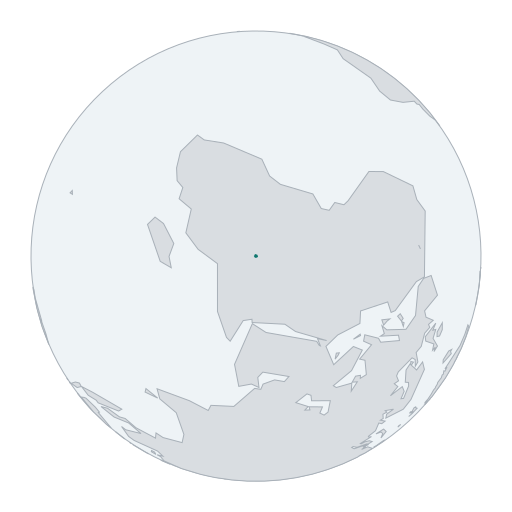 Kyenjojo highlighted on a globe, orthographic projection, rotated 137°
{"feature_id": "UGA-3107", "entity_name": "Kyenjojo", "entity_type": "District", "adm_level": 1, "iso_a3": "UGA", "parent_name": "Uganda", "parent_adm1": "", "projection": "orthographic", "projection_center": [30.656, 0.613], "detail": "fine", "context": "on_globe", "style": "filled", "palette": "teal", "viewbox_px": 512, "rotation_deg": 137, "n_neighbors": 0, "source": "natural_earth", "source_scale": "10m", "svg_char_len": 6529}
<svg xmlns="http://www.w3.org/2000/svg" viewBox="0 0 512 512"><g transform="rotate(137 256 256)"><circle cx="256" cy="256" r="225" fill="#eef3f6" stroke="#a8b0b8"/><path d="M128.8,70.1L121.5,75.5L118.0,78.2L111.9,82.8L128.8,70.1ZM100.1,93.4L99.3,94.2L99.1,94.3L100.1,93.4ZM32.8,225.7L32.1,232.7L33.5,239.8L33.8,249.6L33.3,255.5L34.7,257.4L34.7,261.3L43.7,268.1L51.3,278.4L53.1,292.2L50.7,307.7L57.7,340.9L55.9,351.2L61.6,364.5L71.0,383.5L69.1,381.7L76.0,391.3L79.6,396.1L69.8,382.8L61.0,368.8L53.3,354.3L46.6,339.2L41.1,323.6L36.7,307.7L33.5,291.5L31.5,275.1L30.7,258.7L31.1,242.2L32.8,225.7ZM114.6,431.4L116.0,432.5L116.9,433.2L114.6,431.4ZM431.3,114.5L430.4,113.4L431.3,114.5ZM426.7,109.0L430.4,113.7L434.8,119.1L437.1,122.0L440.7,127.1L445.5,134.2L455.6,151.6L463.0,169.0L462.6,174.2L463.9,178.1L460.6,173.1L461.0,180.4L470.9,204.2L472.2,210.9L470.6,223.0L469.8,217.8L461.2,204.6L463.0,220.7L469.6,235.0L472.0,251.6L468.4,245.9L465.6,231.5L462.5,226.4L460.9,212.2L453.7,191.3L449.8,194.8L447.8,186.6L437.3,169.9L430.4,174.7L421.2,195.8L423.8,217.1L418.9,226.4L403.4,195.6L396.3,175.6L390.8,177.5L374.8,161.1L347.3,160.1L343.4,155.2L338.2,157.5L326.9,152.7L320.9,144.8L314.1,145.4L330.2,166.4L337.5,166.0L343.5,157.8L346.7,165.5L357.5,172.4L345.6,191.4L304.8,209.0L300.8,193.2L269.8,152.2L270.7,147.7L270.6,147.2L270.2,146.3L267.4,153.6L262.0,146.0L278.6,173.8L281.4,186.4L304.2,210.0L302.1,212.5L309.4,217.5L333.0,211.3L333.1,216.6L322.0,241.7L289.4,276.7L293.8,300.4L291.5,320.8L271.3,334.5L273.2,350.3L262.8,356.0L262.3,364.9L254.0,374.6L240.1,383.8L216.3,384.4L214.7,376.2L202.6,360.7L185.7,322.8L191.5,305.2L189.3,291.8L172.1,262.6L175.9,246.2L171.3,239.5L161.9,241.4L156.7,233.5L151.0,233.6L115.8,240.8L105.3,230.9L93.4,200.3L99.9,187.6L101.6,173.5L147.0,125.9L156.2,127.9L191.4,121.1L195.7,122.6L191.0,132.6L217.0,144.5L226.0,135.8L250.1,142.5L266.5,142.2L273.3,123.5L246.5,123.4L242.4,114.7L264.3,107.0L287.9,108.4L287.0,105.1L272.6,97.7L278.5,92.2L267.7,94.9L271.7,98.1L265.1,100.2L261.0,97.5L263.2,95.4L256.2,94.0L247.4,105.4L250.5,109.9L232.0,112.3L235.4,120.3L230.2,124.2L222.5,112.3L223.6,107.9L208.7,96.3L205.8,100.9L219.7,112.5L215.1,111.7L211.4,119.2L210.7,112.8L196.3,100.1L179.9,103.7L158.1,123.1L148.7,125.3L141.2,122.3L150.0,103.6L170.1,100.9L173.4,95.3L170.2,88.1L176.5,88.3L177.6,85.3L185.3,84.5L196.8,77.2L204.7,76.2L209.9,68.1L214.7,66.7L210.2,71.7L211.3,75.1L231.0,74.2L235.0,72.4L236.9,67.5L242.0,68.3L241.3,63.8L253.0,62.1L238.1,60.7L239.9,56.0L247.3,52.7L245.2,51.2L233.1,56.8L230.7,59.5L232.9,61.9L224.0,70.3L217.0,72.0L216.3,63.1L206.4,64.9L210.2,58.2L240.5,45.4L252.8,43.5L271.6,48.9L268.3,51.2L259.9,50.2L267.0,54.8L266.8,52.6L271.1,53.7L273.8,50.4L277.0,51.1L274.2,47.2L278.4,47.6L280.1,50.1L287.8,46.7L296.8,47.5L297.0,46.5L294.7,45.2L307.6,47.7L307.2,46.9L302.8,45.7L299.1,43.6L297.6,41.1L302.2,42.0L303.3,43.1L312.6,47.2L314.9,50.4L316.6,50.7L315.7,48.1L304.4,43.0L302.2,41.3L308.1,43.4L305.8,42.4L306.1,41.9L310.7,42.5L304.5,40.3L302.1,36.0L310.7,37.6L316.2,39.4L318.6,39.6L334.1,44.7L349.1,50.9L363.7,58.1L377.7,66.4L391.1,75.7L403.7,85.9L415.6,97.0L426.7,109.0ZM130.9,149.0L129.6,153.1L130.9,149.0ZM312.8,120.4L326.9,121.6L320.5,110.3L325.4,110.0L321.5,106.6L320.0,109.5L310.3,100.3L316.4,97.6L314.7,93.2L309.8,92.7L300.3,99.5L314.1,112.2L310.8,116.6L312.8,120.4ZM107.5,87.4L102.3,92.4L105.1,89.4L102.4,91.7L105.0,88.9L116.4,79.5L110.8,84.0L107.5,87.4ZM176.3,72.3L178.6,73.6L175.3,76.9L165.3,80.1L170.0,75.1L176.3,72.3ZM182.7,75.0L184.7,66.4L191.0,64.7L187.1,67.0L191.1,66.7L185.9,70.4L189.9,78.0L187.3,81.5L170.3,84.3L177.3,81.1L174.6,79.7L182.7,75.0ZM178.8,53.5L179.8,51.4L192.2,50.2L189.9,52.4L179.8,55.1L176.6,54.2L178.8,53.5ZM222.3,33.3L224.8,32.9L224.4,33.2L227.8,32.7L233.3,32.2L233.7,32.7L228.9,33.0L232.8,33.6L226.3,34.3L227.1,34.3L222.2,35.4L217.6,36.9L214.8,37.2L214.2,37.7L210.9,38.6L209.3,39.6L203.5,40.6L201.0,42.0L199.7,41.8L196.9,43.9L196.4,42.9L192.1,44.5L194.8,44.6L167.8,51.4L156.9,56.2L148.0,61.1L148.3,59.5L156.8,54.3L169.0,48.4L179.5,44.5L177.8,44.9L182.3,43.3L181.8,43.7L185.2,42.2L188.8,41.1L199.7,37.9L200.6,37.6L222.3,33.3ZM227.8,32.5L227.1,32.6L226.0,32.7L227.8,32.5ZM201.0,118.7L204.4,119.0L209.8,118.4L207.5,123.5L201.0,118.7ZM190.9,110.0L194.0,109.3L193.5,115.4L189.9,115.4L190.9,110.0ZM196.3,104.0L194.2,108.8L193.2,106.2L196.3,104.0ZM213.2,71.0L216.6,70.3L216.8,71.4L214.7,73.2L213.2,71.0ZM244.0,37.2L241.7,36.7L242.8,36.4L242.0,34.8L246.8,34.5L249.2,35.4L244.0,37.2ZM268.5,126.6L263.5,130.2L261.1,128.4L263.3,127.5L268.5,126.6ZM233.8,126.5L241.5,128.7L233.1,127.8L233.8,126.5ZM249.0,36.6L248.2,35.9L251.1,36.3L249.0,36.6ZM250.3,34.3L253.8,34.5L247.3,34.3L250.3,34.3ZM348.2,426.3L348.9,429.0L345.7,429.2L348.2,426.3ZM329.7,317.4L313.8,353.1L303.3,353.3L301.5,342.8L307.6,321.2L319.9,315.0L326.0,305.2L329.7,317.4ZM477.7,295.8L478.1,293.5L477.9,294.8L477.7,295.8ZM478.4,289.3L478.6,290.2L478.0,291.5L478.4,289.3ZM478.6,290.4L478.6,290.5L478.7,290.1L478.6,290.4ZM478.0,289.0L474.0,287.0L471.8,283.5L472.8,279.7L476.5,281.8L478.0,289.0ZM472.6,279.6L468.4,267.8L458.6,235.5L462.2,236.3L471.6,256.3L471.2,259.5L473.7,268.6L472.6,279.6ZM480.6,262.0L480.0,272.0L478.3,270.0L477.3,268.0L476.6,254.9L477.0,248.6L478.1,249.1L479.2,229.0L480.2,234.8L480.5,243.4L481.2,252.5L480.6,262.0ZM424.8,219.1L429.9,232.1L426.9,234.1L424.8,219.1ZM477.4,214.8L478.5,223.4L476.8,211.6L477.4,214.8ZM475.7,206.0L475.1,203.6L475.7,206.0ZM466.0,184.3L465.0,185.0L463.9,181.8L464.5,179.1L466.0,184.3ZM464.5,170.6L464.9,171.7L462.5,166.0L460.8,162.2L464.5,170.6ZM288.7,37.7L284.4,39.7L284.6,42.0L289.6,44.1L280.7,42.4L280.5,38.9L288.7,37.7ZM299.9,35.9L295.5,34.8L298.5,35.2L300.0,35.5L299.9,35.9ZM296.5,35.2L288.9,34.1L287.1,33.5L293.4,34.5L296.5,35.2ZM269.0,34.1L267.4,34.5L265.0,34.1L269.0,34.1ZM441.5,383.9L440.2,385.5L441.4,382.8L445.9,376.2L456.6,355.4L456.7,356.0L462.7,342.4L467.9,332.5L460.6,350.4L451.7,367.6L441.5,383.9ZM480.6,274.0L480.2,277.7L480.2,277.2L480.9,267.1L481.3,255.4L481.2,251.8L481.3,254.6L481.3,255.1L481.3,259.1L480.6,274.0ZM474.8,202.3L474.7,202.0L469.6,184.5L474.8,202.3Z" fill="#d9dde1" stroke="#a8b0b8" stroke-width="1"/><path d="M255.2,256.2L255.0,255.9L255.1,255.6L255.2,255.4L255.3,255.2L255.4,254.9L255.5,254.8L255.9,254.9L256.3,255.0L256.5,255.1L256.8,255.3L257.0,255.5L256.9,255.7L257.0,255.8L257.2,256.2L257.0,256.6L256.9,256.6L256.9,256.8L256.7,256.8L256.4,256.8L256.2,256.9L256.1,257.0L255.9,257.1L255.7,257.2L255.5,256.9L255.5,256.7L255.4,256.7L255.2,256.4L255.2,256.2L255.2,256.2Z" fill="#14b8a6" stroke="#0f766e" stroke-width="1.5"/></g></svg>